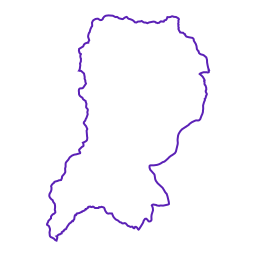 outline of Chiscas, Boyacá, Colombia
{"feature_id": "7082276B27697411735501", "entity_name": "Chiscas", "entity_type": "district", "adm_level": 2, "iso_a3": "COL", "parent_name": "Colombia", "parent_adm1": "Boyacá", "projection": "orthographic", "projection_center": [-72.39, 6.674], "detail": "fine", "context": "isolated", "style": "outline", "palette": "violet", "viewbox_px": 256, "rotation_deg": 0, "n_neighbors": 0, "source": "geoboundaries", "source_scale": "gbopen_adm2", "svg_char_len": 5684}
<svg xmlns="http://www.w3.org/2000/svg" viewBox="0 0 256 256"><path d="M92.7,21.1L92.0,22.7L92.2,25.4L92.1,26.2L91.5,26.9L90.4,29.3L89.6,32.3L89.1,32.7L88.5,34.3L88.1,36.2L88.2,37.2L89.2,40.1L89.2,40.5L88.4,41.6L88.3,42.7L86.7,42.9L85.6,43.3L85.0,43.6L84.0,44.5L83.2,46.4L79.1,48.9L78.9,50.9L79.3,51.8L79.3,52.6L80.1,53.5L80.9,54.0L80.9,54.3L80.4,55.0L80.3,56.7L80.7,58.3L81.0,58.8L80.9,59.6L80.9,61.3L80.0,63.7L80.3,65.1L79.8,68.8L79.5,69.8L79.1,70.5L79.5,70.5L79.9,70.9L80.5,70.8L81.2,71.0L84.0,73.5L84.7,77.1L84.6,78.7L85.3,80.4L85.3,81.3L85.6,82.6L86.0,83.6L83.1,87.8L82.1,88.3L80.9,88.3L79.6,88.6L79.0,89.4L78.8,90.9L79.0,92.5L79.0,94.1L79.5,95.3L79.9,95.9L81.1,96.9L82.4,97.7L82.9,98.9L83.3,99.4L85.7,101.1L85.8,102.0L86.5,104.0L86.3,104.7L86.1,107.1L86.5,107.9L87.6,109.1L87.8,109.7L87.7,110.8L87.3,112.1L87.7,114.3L86.4,118.0L85.9,118.7L85.2,120.6L83.9,122.2L83.8,122.8L83.8,123.3L84.7,124.6L86.0,126.1L87.3,129.0L86.6,130.7L87.1,136.7L87.3,137.6L87.2,139.0L86.9,140.2L86.3,140.9L85.3,141.6L82.9,142.7L83.4,143.7L83.5,145.0L83.5,145.8L83.2,146.2L81.7,147.1L79.2,149.6L79.2,150.8L80.1,152.2L80.2,152.7L80.1,153.2L76.4,154.3L74.1,154.7L72.0,155.6L69.7,157.4L68.3,159.7L66.3,162.0L65.8,162.8L65.6,163.8L65.6,166.7L65.1,168.5L65.3,172.0L65.0,172.7L64.4,173.7L62.1,176.4L61.9,177.5L62.0,177.9L61.1,180.0L58.6,180.4L57.8,180.9L55.4,181.5L54.4,181.9L54.1,182.7L53.1,183.4L51.9,184.7L51.1,186.2L51.5,187.7L51.4,189.9L50.9,191.5L49.6,193.8L49.4,194.7L49.3,195.6L49.4,196.4L50.0,197.7L51.5,199.4L52.6,200.1L53.3,202.0L54.7,203.8L55.0,205.3L55.1,207.0L54.8,209.9L55.2,211.0L55.3,212.5L54.0,213.8L53.3,214.0L52.5,214.6L51.4,215.9L51.0,216.6L51.0,218.3L48.4,220.9L48.0,222.2L47.2,223.6L47.0,224.5L47.3,225.1L48.2,225.5L48.8,226.0L49.1,226.5L49.9,228.7L50.0,229.9L49.5,232.4L49.8,235.5L50.0,236.2L50.8,237.1L52.3,237.7L54.0,238.7L55.3,240.1L56.5,240.6L57.2,238.2L57.3,237.2L56.6,236.4L57.1,236.3L57.6,235.4L58.9,234.5L59.8,234.4L60.0,234.1L61.7,233.4L61.7,232.3L61.8,232.2L62.7,231.5L63.5,231.3L63.9,230.3L64.4,230.0L64.9,229.4L65.8,229.2L66.3,228.7L66.4,228.1L67.4,226.4L69.3,223.6L70.3,223.0L70.6,222.5L71.3,222.3L72.3,220.9L72.6,220.8L73.1,221.0L73.5,220.1L74.2,219.3L74.7,215.9L75.3,214.9L75.5,214.9L75.7,215.2L75.9,215.2L76.5,214.4L76.6,213.7L77.0,213.4L78.0,213.3L79.4,213.0L80.9,212.2L81.4,212.1L81.6,211.8L82.1,211.7L82.2,211.4L84.5,210.5L85.2,209.7L85.8,209.5L85.8,209.0L86.3,209.0L88.1,207.7L88.1,207.1L88.3,206.9L89.3,206.6L90.1,206.8L90.4,206.6L91.1,207.0L91.9,207.1L92.8,206.6L93.5,206.8L95.0,208.0L95.5,208.0L98.4,208.0L98.9,207.7L99.1,207.1L100.5,207.2L101.5,206.8L103.6,207.4L104.1,207.8L104.6,208.7L104.7,209.4L105.5,211.2L106.8,213.0L107.8,213.5L108.6,213.6L109.4,213.4L112.0,213.5L113.3,216.6L114.6,218.3L116.0,219.6L117.8,220.4L119.9,222.2L121.2,222.5L122.2,223.3L122.7,223.4L123.3,223.4L124.5,223.1L125.4,223.3L126.0,223.7L127.8,225.8L128.3,225.9L130.5,226.9L132.1,226.6L132.6,226.9L133.5,228.1L133.9,228.2L134.4,228.2L134.7,227.3L135.1,226.9L136.0,226.9L137.1,227.7L138.1,229.3L138.6,229.6L139.1,229.1L141.7,225.0L143.1,222.6L143.7,220.7L144.9,219.0L145.2,218.8L146.2,218.7L147.3,219.6L148.4,221.1L149.1,221.5L150.5,221.2L151.3,220.4L151.5,219.6L151.4,216.5L151.6,214.8L153.0,210.3L152.8,207.9L152.2,206.2L151.8,205.4L152.2,204.9L153.2,204.5L156.2,205.0L156.5,205.3L157.8,205.6L159.3,205.8L160.2,205.5L163.2,205.6L164.7,205.3L167.9,204.6L168.8,204.2L169.0,203.9L168.8,202.0L167.5,196.4L166.6,193.7L166.0,193.2L164.8,191.6L164.5,190.9L162.6,187.8L157.6,183.2L155.8,180.7L155.2,179.1L154.6,175.1L154.3,174.3L150.2,169.7L149.6,167.9L149.5,167.1L149.6,165.9L150.0,165.5L150.6,165.3L154.0,165.3L157.0,164.9L158.9,164.3L160.6,163.5L162.6,162.2L164.4,161.6L165.9,160.4L168.0,158.5L169.3,157.1L171.4,155.5L172.1,155.2L174.9,153.2L175.9,151.6L177.7,144.1L177.8,142.7L177.6,140.7L177.6,139.2L178.1,135.5L178.8,133.6L180.3,131.2L182.0,129.3L188.7,124.9L189.4,124.0L191.7,122.3L194.4,121.0L195.6,120.5L196.3,120.4L198.2,120.5L199.2,120.2L200.2,119.2L201.6,115.5L202.2,114.3L202.9,112.1L203.0,110.1L203.2,109.0L203.1,105.4L204.0,102.2L204.9,100.1L204.9,99.6L204.7,99.0L205.1,98.7L205.6,97.9L205.9,96.7L205.9,96.1L206.3,95.7L206.3,95.4L206.8,94.4L206.8,93.8L206.0,92.4L205.7,91.6L205.9,91.1L205.8,90.4L206.3,89.7L206.2,87.7L205.6,85.8L205.3,85.2L204.8,84.8L204.5,84.0L204.5,82.7L204.6,82.0L204.1,81.2L204.2,80.6L204.6,80.3L204.4,79.6L202.9,77.0L201.7,75.7L199.7,74.0L200.3,73.4L203.0,72.4L203.9,72.2L205.3,72.3L206.2,72.2L207.7,72.5L208.6,72.3L208.9,71.9L208.6,70.2L209.0,70.1L208.2,68.0L207.6,65.3L207.1,62.5L207.0,59.9L206.3,57.4L203.8,55.3L203.0,54.9L201.0,54.4L199.9,53.8L199.1,53.1L198.7,51.9L198.6,51.2L198.0,50.8L196.9,49.1L196.5,46.1L195.8,44.0L193.8,40.7L193.7,39.3L193.4,38.7L192.5,37.9L188.6,37.2L186.4,36.6L185.2,35.2L185.1,34.3L183.7,33.5L183.2,32.8L181.1,32.6L180.1,32.4L179.9,31.7L179.2,30.8L178.4,28.9L178.8,27.9L178.5,27.3L178.3,25.8L178.6,24.8L178.2,24.1L178.2,23.6L178.5,22.5L178.4,20.4L178.9,19.2L178.6,18.6L178.0,18.1L176.0,17.0L173.7,16.8L172.6,16.3L172.0,16.3L170.4,17.0L168.8,17.2L167.4,17.1L166.7,19.0L166.1,19.9L164.4,20.4L163.9,21.5L163.2,21.7L162.5,21.5L162.0,21.6L161.0,21.3L160.0,21.9L159.3,22.7L157.4,23.1L156.4,22.6L155.9,22.6L155.5,22.2L154.9,21.8L153.4,21.6L149.2,22.4L147.4,23.2L145.6,22.5L144.4,22.5L143.6,22.3L141.7,21.0L140.6,21.4L137.9,21.6L136.4,22.5L134.9,22.3L133.6,20.9L132.5,20.1L130.6,19.3L128.7,18.8L127.8,18.2L127.1,17.2L126.4,16.9L125.0,17.5L123.8,18.3L123.2,18.9L122.3,19.1L119.0,18.3L117.3,17.0L116.7,16.9L116.1,17.1L115.3,17.0L112.8,15.7L108.5,15.4L106.0,15.7L104.9,16.2L104.1,16.8L103.0,18.2L102.8,19.0L101.6,20.0L100.2,20.1L97.9,18.7L96.6,18.8L95.5,19.0L93.4,20.2L92.7,21.1Z" fill="none" stroke="#5b21b6" stroke-width="2"/></svg>